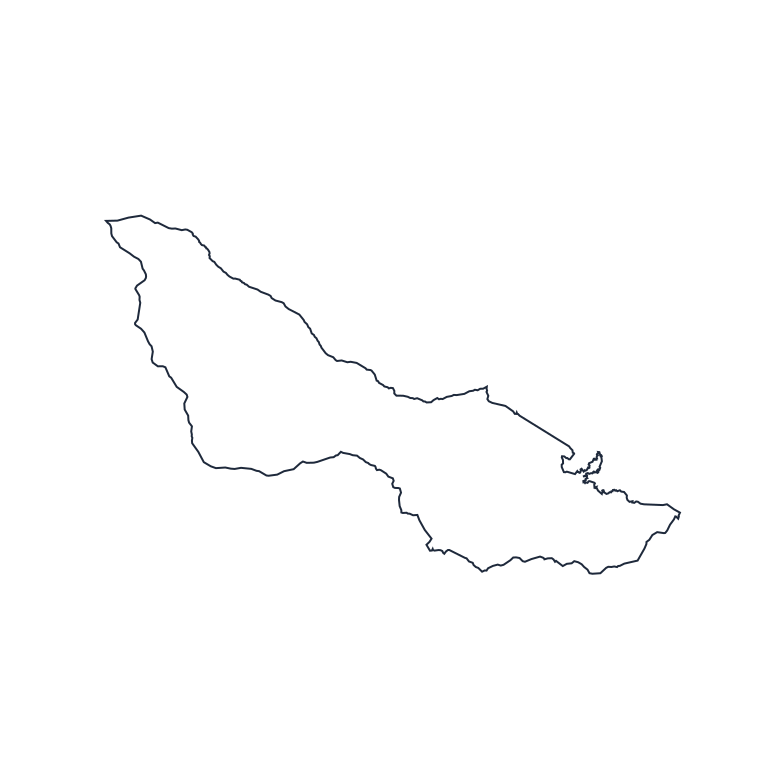 Secaria, Prahova, Romania, rotated 331°
{"feature_id": "2599482B18206693786846", "entity_name": "Secaria", "entity_type": "district", "adm_level": 2, "iso_a3": "ROU", "parent_name": "Romania", "parent_adm1": "Prahova", "projection": "robinson", "projection_center": [25.677, 45.313], "detail": "fine", "context": "isolated", "style": "outline", "palette": "slate", "viewbox_px": 768, "rotation_deg": 331, "n_neighbors": 0, "source": "geoboundaries", "source_scale": "gbopen_adm2", "svg_char_len": 6166}
<svg xmlns="http://www.w3.org/2000/svg" viewBox="0 0 768 768"><g transform="rotate(331 384 384)"><path d="M576.0,644.4L577.6,642.9L577.8,642.0L580.5,640.0L576.8,634.1L573.2,626.4L569.2,625.1L553.1,615.3L550.3,613.0L549.0,610.1L547.6,609.0L545.3,609.3L543.7,608.0L544.5,607.0L541.6,606.1L540.7,603.4L541.1,601.2L542.4,599.2L541.6,594.8L539.3,593.1L538.8,591.3L536.1,590.9L535.5,589.4L534.5,589.4L534.2,588.2L532.8,587.7L531.9,588.6L530.8,588.1L530.1,588.8L528.8,588.0L527.2,588.4L525.3,588.0L524.1,585.6L524.5,583.3L524.1,583.0L523.2,583.0L522.7,584.9L521.8,585.0L521.2,585.7L519.5,581.0L519.6,578.3L518.8,577.8L519.9,577.0L517.9,576.6L519.1,573.9L520.3,573.1L520.0,572.2L516.8,568.7L515.8,568.3L514.1,569.1L512.6,567.8L511.8,568.1L511.6,566.9L510.8,566.7L511.3,565.5L513.8,565.9L514.3,564.8L516.1,564.9L515.9,564.3L517.1,562.7L513.2,561.4L516.1,561.7L517.1,561.2L517.4,560.4L519.1,560.7L520.0,562.1L522.0,562.4L522.9,563.2L523.8,562.9L524.9,563.3L524.6,562.4L525.1,562.3L525.8,563.5L526.9,563.9L527.3,564.7L527.8,564.5L527.9,565.2L528.6,565.1L528.9,564.5L528.4,562.9L530.0,562.4L530.7,563.6L532.5,562.1L532.4,560.9L537.1,557.2L538.9,552.8L539.5,552.7L539.5,551.8L538.5,551.9L539.3,548.0L538.6,547.5L538.7,548.7L537.7,548.0L536.3,548.6L536.5,549.5L536.0,549.3L535.9,550.2L535.1,550.4L534.4,551.3L534.2,552.6L533.0,552.5L532.9,553.1L531.7,552.5L531.9,551.4L531.2,551.1L528.7,553.1L525.0,552.7L523.9,553.7L524.3,554.9L523.1,556.4L523.0,557.6L522.6,556.4L522.0,556.6L521.8,556.1L519.5,557.6L518.0,557.4L517.8,556.8L516.2,557.4L515.7,553.9L514.5,554.0L514.2,555.3L512.6,556.6L511.8,556.4L511.5,555.2L510.8,554.9L510.8,553.9L507.4,555.4L501.4,549.3L499.8,549.1L498.6,548.3L499.2,542.8L500.3,540.7L502.1,540.3L503.7,537.2L503.9,534.4L504.7,533.5L506.6,534.8L507.5,537.2L508.4,537.6L509.2,539.5L510.1,540.0L516.5,537.2L516.6,536.7L515.8,535.6L516.7,533.3L515.8,530.1L515.7,528.4L487.2,477.4L486.7,475.3L486.0,474.8L486.2,473.4L485.2,474.3L483.9,473.5L483.7,470.6L479.6,462.1L469.6,453.1L467.3,449.9L467.1,447.3L469.5,444.9L469.8,440.6L470.9,439.9L471.4,437.9L472.6,436.2L468.5,436.2L465.8,434.8L462.9,434.9L460.7,433.1L458.7,433.1L455.1,431.7L449.5,431.6L442.1,428.9L439.8,427.4L437.4,427.3L432.7,425.7L428.0,425.6L426.5,424.5L424.7,424.0L423.8,422.1L419.5,422.1L416.4,422.8L412.3,420.8L411.4,419.2L410.0,418.3L409.5,416.8L406.1,412.5L403.1,411.7L402.3,410.3L400.2,409.0L398.6,406.7L395.0,403.5L389.2,400.2L388.4,397.3L389.7,395.0L389.8,391.9L388.0,390.6L386.1,390.2L385.6,388.6L383.1,386.3L382.7,384.5L380.2,380.6L380.2,378.7L379.2,377.5L380.5,371.3L379.6,366.2L378.9,365.2L375.8,363.0L375.5,361.3L370.3,352.3L365.6,348.4L362.5,347.2L358.4,342.9L354.1,341.1L353.3,339.7L352.6,336.0L349.0,331.6L347.9,328.8L346.9,321.9L347.2,319.9L346.8,318.3L347.3,315.6L346.9,314.0L347.1,311.2L346.3,309.1L346.5,307.2L345.3,304.7L346.2,299.8L345.4,297.6L345.7,294.5L344.6,291.2L344.8,289.1L343.6,282.2L337.0,272.3L335.4,268.4L335.4,264.7L334.2,262.8L329.5,258.3L327.4,254.4L327.5,252.0L326.2,249.8L320.9,243.6L319.2,240.1L313.1,233.5L312.1,230.6L310.8,229.3L310.5,227.8L309.1,226.2L309.2,225.0L308.5,224.3L308.4,222.9L304.9,219.6L303.3,218.8L300.9,215.0L300.0,212.6L299.6,210.2L298.1,207.9L297.4,203.7L295.9,201.1L295.1,198.3L294.8,194.9L293.7,193.5L292.5,189.3L293.6,187.7L293.5,186.3L294.8,185.2L295.3,183.9L295.2,181.4L294.9,179.8L294.3,179.2L294.6,178.2L294.1,177.6L293.9,175.8L292.1,174.2L291.7,172.7L291.7,171.2L291.2,170.1L291.7,169.1L291.6,167.4L290.7,163.8L289.2,162.2L289.2,160.5L289.7,159.7L289.4,158.0L286.7,153.7L285.1,152.5L281.7,151.4L277.0,146.9L273.8,145.3L271.3,143.3L264.4,133.2L261.8,132.3L259.1,126.7L253.2,119.0L241.2,114.6L230.1,111.9L220.0,106.6L220.5,109.1L221.5,111.4L221.5,113.1L221.0,115.5L218.5,120.1L217.8,122.8L218.9,130.5L219.9,132.4L219.4,136.4L224.9,146.4L227.1,151.5L229.8,155.6L230.7,159.2L228.8,166.1L229.1,168.3L228.9,172.6L228.0,174.7L227.0,175.9L224.9,177.2L215.7,178.2L212.9,179.8L212.6,180.5L212.9,187.7L212.6,189.2L210.9,191.9L210.2,194.8L199.8,208.2L195.9,209.9L195.3,210.9L195.4,212.2L198.3,217.9L199.4,222.8L198.3,232.3L198.3,235.6L199.0,238.3L197.5,243.6L192.8,249.6L192.1,253.1L194.8,258.9L199.1,261.2L200.9,263.4L199.9,273.2L200.9,275.3L201.3,286.0L205.1,294.0L206.3,297.6L205.8,300.0L199.9,304.2L197.3,309.7L197.4,316.7L195.4,320.8L194.8,323.3L195.5,327.9L192.4,332.0L191.5,334.9L190.4,336.6L190.3,338.1L188.5,340.5L187.5,342.8L188.7,353.3L188.5,365.0L192.6,372.0L196.2,376.1L204.7,380.1L209.0,383.8L212.2,385.9L218.3,388.0L226.8,393.9L230.4,398.1L232.5,399.7L236.8,407.0L238.6,408.3L246.7,411.5L254.3,411.8L263.7,414.7L272.3,412.7L275.5,412.5L278.2,415.5L284.5,418.8L287.9,419.8L301.3,422.2L304.5,423.6L307.3,423.2L309.0,423.8L313.4,422.4L314.8,424.4L320.1,428.7L322.1,431.1L325.7,433.6L327.0,437.0L329.1,439.8L330.2,443.5L331.9,445.5L332.3,447.0L333.4,448.6L336.3,451.2L336.4,452.4L335.9,454.1L336.1,455.9L338.4,456.7L339.5,457.9L342.5,463.5L342.9,467.1L346.0,470.8L345.5,473.4L342.8,475.3L342.1,478.7L343.2,480.2L346.2,482.0L347.2,483.1L346.2,487.3L342.5,490.1L340.9,492.7L338.5,498.4L338.0,502.7L336.9,504.8L337.9,505.9L341.4,507.6L341.9,508.8L343.6,509.9L345.8,512.9L349.7,514.7L348.9,520.4L348.9,531.4L350.6,542.3L347.3,544.1L343.2,545.2L343.4,552.1L345.2,552.9L346.6,551.9L346.4,553.0L347.4,554.2L351.3,555.7L352.9,556.8L354.0,558.3L353.9,560.4L354.4,561.7L357.1,560.5L359.5,560.2L360.6,560.8L370.5,575.3L371.7,576.5L372.3,580.4L374.9,583.4L374.6,585.8L375.6,588.6L377.3,590.6L378.8,595.7L381.7,595.9L383.2,596.9L385.7,595.6L391.1,595.9L395.9,597.1L398.1,599.4L400.9,600.1L409.1,599.4L412.9,598.4L415.5,599.7L418.2,601.9L419.4,606.2L421.1,607.8L428.1,608.6L436.8,610.6L438.8,612.9L439.4,614.2L439.3,615.1L442.7,615.9L446.3,617.7L447.2,619.6L447.4,622.4L448.7,622.1L452.1,629.9L456.7,629.9L461.2,631.8L464.5,631.2L467.4,634.0L469.5,637.5L470.3,641.0L472.0,645.0L472.0,649.1L474.3,651.0L481.5,654.4L489.2,652.5L491.5,652.6L494.2,654.3L496.9,655.2L499.1,657.1L500.6,656.7L502.1,657.4L507.1,657.6L520.2,661.4L532.0,654.2L535.9,651.2L537.0,649.4L540.5,648.9L545.5,646.2L551.1,646.0L556.6,650.2L557.8,650.6L560.7,649.4L566.0,645.7L571.9,643.0L574.6,641.0L575.2,641.6L576.0,644.4Z" fill="none" stroke="#1e293b" stroke-width="2"/></g></svg>